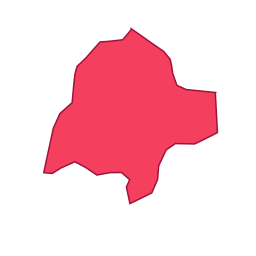 Buk-gu [North Distrikt], Daegu, South Korea, rotated 214°
{"feature_id": "91817680B84202113891253", "entity_name": "Buk-gu [North Distrikt]", "entity_type": "district", "adm_level": 2, "iso_a3": "KOR", "parent_name": "South Korea", "parent_adm1": "Daegu", "projection": "robinson", "projection_center": [128.573, 35.931], "detail": "fine", "context": "isolated", "style": "filled", "palette": "rose", "viewbox_px": 256, "rotation_deg": 214, "n_neighbors": 0, "source": "geoboundaries", "source_scale": "gbopen_adm2", "svg_char_len": 660}
<svg xmlns="http://www.w3.org/2000/svg" viewBox="0 0 256 256"><g transform="rotate(214 128 128)"><path d="M51.3,174.2L75.2,205.9L75.2,206.4L101.3,192.4L111.3,190.7L121.4,198.2L126.1,203.4L131.5,208.6L135.8,209.8L141.5,211.5L150.4,211.5L180.9,212.1L180.3,211.4L181.7,198.2L192.5,189.0L199.3,183.7L200.7,173.2L202.0,162.6L204.7,150.7L202.0,142.8L197.9,134.9L188.5,117.8L192.5,101.9L189.8,86.1L172.9,43.9L165.4,47.9L161.4,57.1L153.2,70.3L141.0,71.6L127.5,71.6L118.0,80.9L108.5,87.5L97.7,86.1L96.3,78.2L84.1,66.4L72.0,87.5L74.7,101.9L81.4,113.8L84.1,131.0L80.1,141.5L63.8,152.1L57.0,163.9L51.3,174.2Z" fill="#f43f5e" stroke="#9f1239" stroke-width="1.5"/></g></svg>